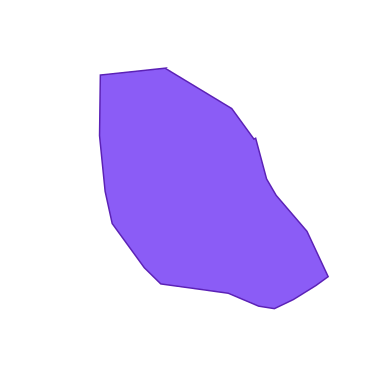 outline of Yongsan-gu, Seoul, South Korea, rotated 234°
{"feature_id": "91817680B50347392057391", "entity_name": "Yongsan-gu", "entity_type": "district", "adm_level": 2, "iso_a3": "KOR", "parent_name": "South Korea", "parent_adm1": "Seoul", "projection": "albers", "projection_center": [126.983, 37.523], "detail": "fine", "context": "isolated", "style": "filled", "palette": "violet", "viewbox_px": 384, "rotation_deg": 234, "n_neighbors": 0, "source": "geoboundaries", "source_scale": "gbopen_adm2", "svg_char_len": 427}
<svg xmlns="http://www.w3.org/2000/svg" viewBox="0 0 384 384"><g transform="rotate(234 192 192)"><path d="M307.9,243.2L340.5,186.6L291.9,150.3L243.6,122.1L213.4,108.9L158.7,108.9L136.0,112.7L88.8,161.8L60.5,178.8L50.1,189.2L49.2,190.1L45.4,210.9L43.5,237.3L43.5,252.4L92.6,261.9L139.8,258.1L158.7,260.0L198.1,275.1L198.4,273.2L236.1,273.2L307.9,243.0L307.9,243.2Z" fill="#8b5cf6" stroke="#5b21b6" stroke-width="1.5"/></g></svg>